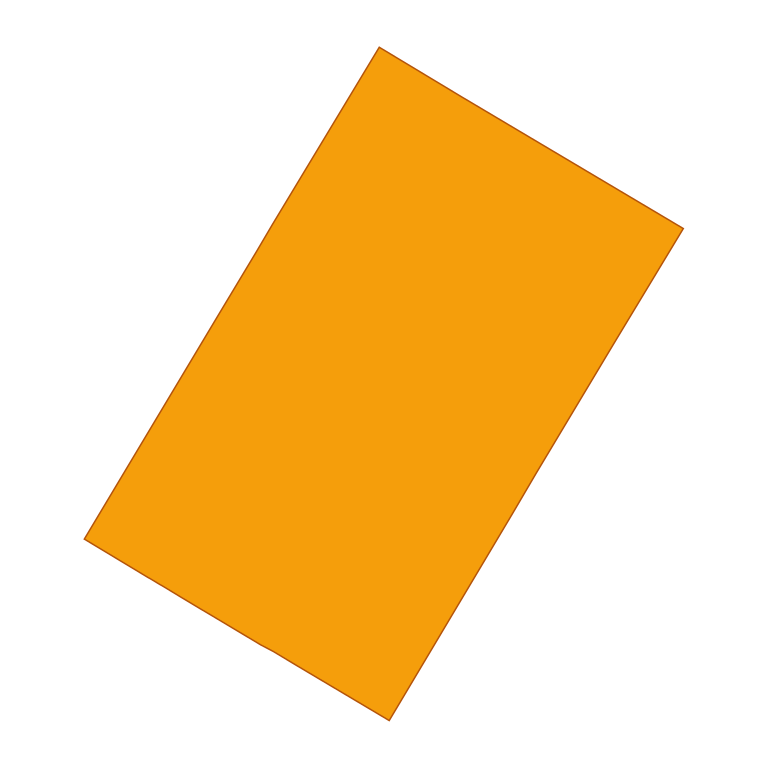 outline of Pike, Mississippi, United States of America, rotated 31°
{"feature_id": "52423323B41002783843524", "entity_name": "Pike", "entity_type": "district", "adm_level": 2, "iso_a3": "USA", "parent_name": "United States of America", "parent_adm1": "Mississippi", "projection": "equal_earth", "projection_center": [-90.423, 31.175], "detail": "fine", "context": "isolated", "style": "filled", "palette": "amber", "viewbox_px": 768, "rotation_deg": 31, "n_neighbors": 0, "source": "geoboundaries", "source_scale": "gbopen_adm2", "svg_char_len": 514}
<svg xmlns="http://www.w3.org/2000/svg" viewBox="0 0 768 768"><g transform="rotate(31 384 384)"><path d="M206.5,97.8L206.2,304.5L206.5,337.1L206.5,408.9L206.8,574.9L207.0,671.3L281.9,671.4L283.0,671.3L293.6,671.3L295.3,671.3L297.5,671.2L319.1,671.3L336.5,671.3L337.4,671.3L342.8,671.3L355.7,671.2L361.6,671.2L412.8,671.1L426.5,670.3L453.8,670.3L455.3,670.3L561.8,669.8L560.9,429.5L560.4,382.6L560.2,240.0L560.2,225.9L560.5,96.6L303.1,97.9L206.5,97.8Z" fill="#f59e0b" stroke="#b45309" stroke-width="1.5"/></g></svg>